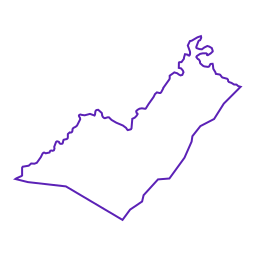 the district of Mineral, West Virginia, United States of America
{"feature_id": "52423323B84161084981084", "entity_name": "Mineral", "entity_type": "district", "adm_level": 2, "iso_a3": "USA", "parent_name": "United States of America", "parent_adm1": "West Virginia", "projection": "robinson", "projection_center": [-78.932, 39.443], "detail": "fine", "context": "isolated", "style": "outline", "palette": "violet", "viewbox_px": 256, "rotation_deg": 0, "n_neighbors": 0, "source": "geoboundaries", "source_scale": "gbopen_adm2", "svg_char_len": 2491}
<svg xmlns="http://www.w3.org/2000/svg" viewBox="0 0 256 256"><path d="M90.0,113.9L84.7,115.3L81.7,114.9L80.5,114.5L79.8,114.7L79.3,115.0L79.0,115.3L78.9,115.8L79.2,116.6L80.0,117.9L80.2,119.3L77.0,125.6L75.6,126.8L73.4,127.9L72.5,129.2L72.5,130.2L72.3,131.3L72.0,131.9L71.4,132.4L70.6,132.6L69.7,132.4L67.9,134.0L67.8,135.3L67.9,136.8L67.6,138.4L66.7,139.1L65.1,139.4L63.6,139.8L63.2,140.9L62.9,142.6L62.5,143.5L61.9,143.8L61.1,143.8L60.4,143.8L59.6,143.3L58.9,141.9L57.6,141.4L56.8,141.4L56.1,141.9L54.2,146.9L54.5,148.5L53.9,150.3L52.7,150.8L51.2,150.5L50.3,150.8L49.5,152.5L45.7,153.3L44.3,152.6L43.5,152.7L42.6,153.5L40.8,157.2L36.8,162.8L34.4,163.7L31.2,163.5L28.7,165.7L22.7,166.7L22.1,167.8L22.1,175.4L21.6,176.0L16.4,178.3L15.4,179.0L27.9,182.1L65.9,186.4L122.5,219.9L130.1,209.6L142.1,201.5L143.6,195.2L158.0,179.4L169.4,178.5L184.5,157.7L191.6,141.6L192.4,136.2L200.4,126.1L214.1,119.0L223.8,103.6L240.6,86.8L238.2,86.1L236.5,84.6L234.0,84.5L231.5,82.9L228.9,82.0L228.2,81.2L228.0,79.8L227.7,79.3L227.0,78.7L222.4,77.5L221.9,77.1L220.2,74.8L219.6,74.5L216.0,73.9L215.9,73.9L215.4,72.3L213.3,68.8L212.9,65.1L212.6,63.8L210.9,63.9L210.3,64.2L209.2,66.4L208.0,66.9L204.3,66.4L203.0,65.8L200.3,63.4L200.0,62.5L200.0,61.5L199.2,60.0L198.6,59.3L197.8,59.0L196.4,57.2L196.4,56.8L196.9,56.0L200.1,53.9L202.9,53.3L206.2,53.3L207.0,53.9L207.0,54.9L207.8,55.2L210.7,53.4L212.7,51.5L212.7,50.8L211.8,48.1L209.3,46.6L207.3,46.0L204.3,47.5L201.9,49.3L199.5,49.1L196.6,48.1L196.3,47.6L196.3,46.9L198.4,41.3L199.0,40.6L200.1,40.2L201.1,38.1L201.2,37.2L200.9,36.1L197.5,37.3L191.7,40.7L190.4,41.0L189.9,41.1L187.8,45.5L189.9,51.4L190.1,53.0L189.9,54.7L189.2,55.6L188.3,55.4L187.8,54.7L185.0,54.2L184.0,57.5L183.9,58.8L181.5,62.1L179.3,62.2L178.9,62.8L178.8,67.9L181.1,68.4L182.9,70.6L183.5,72.2L182.3,74.9L180.6,75.4L178.8,74.5L177.3,73.3L174.3,72.4L173.8,72.8L169.7,75.7L169.7,78.3L169.4,79.3L163.2,88.0L163.2,88.5L161.1,92.4L160.3,93.0L159.5,93.0L156.9,92.4L155.0,94.1L153.5,97.1L148.6,104.0L145.8,108.5L145.2,108.8L141.9,108.3L139.5,108.7L137.6,109.8L136.3,111.0L136.2,111.6L136.6,112.9L137.5,113.6L137.6,114.1L136.4,116.0L134.7,117.7L132.3,118.8L131.5,128.3L131.0,129.2L130.6,129.4L127.8,130.1L127.1,129.5L126.1,127.9L122.9,125.5L116.3,122.7L111.5,119.9L108.9,117.3L107.7,117.3L104.9,118.2L104.1,118.0L102.8,116.9L102.1,115.3L102.1,114.4L101.7,112.9L98.2,109.8L96.7,110.0L96.0,110.4L95.4,111.4L95.2,113.0L95.0,114.6L94.5,115.5L90.0,113.9Z" fill="none" stroke="#5b21b6" stroke-width="2"/></svg>